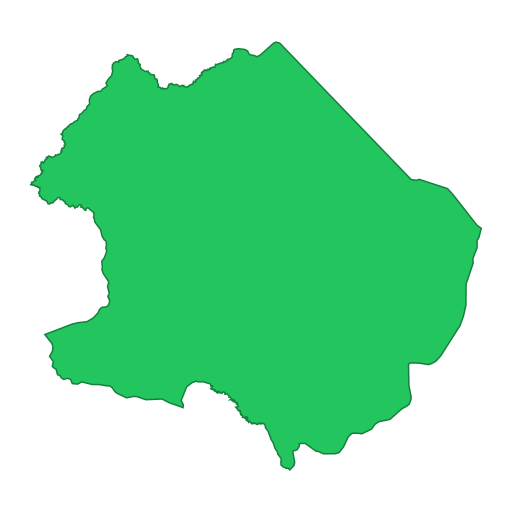 outline of Chipangali, Eastern, Zambia
{"feature_id": "96606910B61559073197846", "entity_name": "Chipangali", "entity_type": "district", "adm_level": 2, "iso_a3": "ZMB", "parent_name": "Zambia", "parent_adm1": "Eastern", "projection": "albers", "projection_center": [32.482, -13.317], "detail": "fine", "context": "isolated", "style": "filled", "palette": "green", "viewbox_px": 512, "rotation_deg": 0, "n_neighbors": 0, "source": "geoboundaries", "source_scale": "gbopen_adm2", "svg_char_len": 5839}
<svg xmlns="http://www.w3.org/2000/svg" viewBox="0 0 512 512"><path d="M477.0,225.3L453.0,194.6L447.5,188.6L419.3,179.4L416.3,180.3L411.1,179.5L279.7,43.1L276.0,42.1L273.4,43.3L260.0,55.3L256.8,56.7L254.4,55.5L250.0,54.8L248.5,53.1L247.6,50.9L244.5,49.4L238.3,48.7L234.4,49.4L233.7,50.1L233.5,52.3L232.2,54.2L232.2,56.5L231.6,57.8L228.7,59.3L227.8,59.3L228.0,60.0L226.3,60.5L225.9,61.7L223.6,61.5L223.8,62.1L223.1,62.8L221.6,62.8L216.6,64.6L215.7,64.3L214.6,67.4L213.1,67.1L210.3,68.0L210.3,69.0L209.5,68.7L209.2,69.5L207.9,69.3L208.0,70.1L207.2,70.6L206.7,70.1L205.6,70.4L205.4,69.9L204.0,70.2L203.5,71.6L202.4,71.7L202.2,72.9L201.5,72.8L201.4,74.0L201.9,75.1L199.5,75.6L200.1,76.7L198.7,78.0L197.8,78.0L197.5,78.9L195.3,80.3L195.8,81.7L193.7,82.0L193.4,81.6L192.9,83.3L193.2,83.8L189.5,85.2L188.8,86.3L187.3,86.6L186.8,87.2L184.0,86.6L183.8,85.4L182.9,85.8L181.9,85.3L179.9,86.6L177.1,84.6L176.1,84.3L175.0,84.9L173.4,84.8L171.7,83.4L171.1,84.2L170.0,83.9L169.6,84.5L169.1,84.3L168.3,85.6L168.1,87.6L166.2,88.8L164.9,88.5L163.2,89.0L162.6,87.9L161.3,88.7L160.0,87.2L158.1,87.1L158.5,85.1L157.3,82.2L157.3,80.4L156.8,79.2L155.0,78.8L154.3,75.0L150.4,74.4L149.3,72.9L148.3,72.3L148.1,71.1L145.3,71.5L141.4,69.2L139.8,66.4L140.2,64.5L138.0,62.6L138.2,60.9L137.5,58.8L134.6,59.2L132.6,55.9L127.2,54.7L127.4,55.9L125.7,56.7L123.8,58.9L118.8,60.5L118.7,62.0L116.0,61.6L113.9,62.8L112.3,65.1L112.5,66.4L112.1,67.9L112.7,71.0L111.6,75.7L108.7,78.6L106.1,82.7L106.0,83.4L107.1,85.3L106.7,86.4L102.3,89.2L101.2,91.1L97.6,91.5L93.3,93.7L90.7,96.0L89.3,99.9L89.6,104.1L87.0,106.4L86.8,108.0L85.5,109.8L84.2,110.4L81.5,113.7L79.9,114.2L79.3,115.2L79.1,117.8L78.0,118.6L77.5,120.3L74.4,121.7L72.6,123.5L70.9,123.8L68.5,126.0L68.1,126.9L67.3,126.9L65.8,128.9L64.9,129.0L62.9,131.1L63.0,132.4L61.1,134.2L62.4,134.6L62.2,135.3L62.8,135.8L62.1,139.3L64.5,141.3L64.2,142.2L65.4,144.1L65.1,145.0L64.2,145.2L64.5,147.2L61.7,148.6L62.0,150.1L61.2,150.4L61.0,151.1L61.8,151.7L59.5,154.3L57.8,154.5L56.7,155.3L55.6,154.9L55.0,156.2L51.6,157.6L50.9,156.7L48.6,156.0L47.5,157.1L46.3,157.4L46.4,158.1L47.2,158.2L44.8,160.2L44.7,161.7L43.5,162.8L42.7,161.7L41.0,162.4L41.4,163.6L39.9,165.4L39.7,166.3L41.0,167.7L40.8,169.7L41.7,170.4L42.9,170.5L41.7,171.5L42.2,173.2L41.3,173.2L40.5,175.0L37.9,176.1L37.9,177.4L37.0,177.5L36.8,176.5L36.2,176.7L34.6,178.9L35.7,180.3L34.3,180.8L33.8,181.7L31.6,182.3L31.9,183.6L30.7,184.5L31.0,184.9L34.1,185.3L36.3,186.6L37.3,186.3L37.9,187.3L39.7,187.3L39.4,188.5L40.1,189.5L40.0,190.6L39.1,191.6L38.7,193.2L39.6,193.8L39.5,196.0L41.2,196.6L41.3,197.8L42.3,198.9L46.7,201.0L48.1,203.8L49.7,204.0L51.0,202.6L52.5,203.1L55.6,199.8L56.5,199.4L57.2,198.1L59.4,197.3L60.3,198.0L60.2,199.5L62.9,199.9L63.6,201.0L64.9,201.6L65.2,203.4L68.1,205.1L69.0,206.6L70.5,206.8L73.2,205.3L74.9,208.1L75.8,207.2L77.5,207.0L79.3,204.8L80.1,204.6L81.6,205.6L80.7,207.0L82.8,207.4L83.1,208.3L85.2,210.3L85.8,210.3L86.0,208.9L87.0,207.8L88.8,208.1L89.2,208.9L93.7,212.5L93.7,214.0L94.2,215.0L93.5,217.6L94.3,218.8L94.9,222.1L100.5,229.7L102.2,236.4L104.3,239.9L105.9,240.9L106.5,244.5L105.8,248.4L106.5,249.9L106.5,252.2L104.3,257.8L101.8,261.2L102.3,267.2L101.9,269.6L103.3,273.6L108.4,281.2L108.7,282.4L107.5,286.4L109.3,293.3L107.8,296.4L109.7,300.7L109.1,303.5L107.9,305.8L105.2,307.2L102.7,307.1L101.5,307.6L99.5,309.5L98.0,312.9L93.2,318.0L86.9,321.7L78.1,322.7L72.4,324.0L44.8,334.5L51.8,343.4L52.5,345.1L52.9,346.9L52.4,351.3L49.5,356.4L53.4,361.6L52.3,366.0L53.2,367.4L56.1,369.3L57.5,374.6L60.1,375.8L61.7,378.2L63.8,379.4L67.2,378.4L69.7,378.9L70.7,379.7L72.3,383.6L77.6,384.1L81.7,381.9L92.3,384.5L99.8,384.6L106.4,385.8L109.7,385.9L112.4,387.9L114.9,391.6L117.1,393.3L126.5,397.8L133.9,396.4L137.3,396.7L145.7,399.7L162.0,399.0L169.4,402.8L183.1,407.6L183.3,404.7L181.2,400.5L186.6,386.9L192.9,382.1L194.5,382.0L196.0,381.1L198.2,381.9L203.3,381.8L210.5,384.0L210.8,386.1L212.4,385.7L212.6,386.4L211.7,388.2L210.7,388.4L211.3,389.3L212.3,388.9L213.1,389.8L213.2,389.4L214.3,389.7L214.7,390.8L215.2,390.3L215.5,391.3L216.2,391.8L216.5,391.6L216.6,392.5L217.6,393.0L217.9,393.0L217.8,391.7L218.7,392.1L219.4,391.4L220.2,393.1L221.3,392.8L222.0,393.3L222.7,391.9L224.8,392.4L225.0,394.3L227.2,393.9L229.1,396.1L229.0,397.2L230.0,397.1L231.5,398.7L230.3,399.6L231.1,399.5L231.5,400.1L231.9,399.5L232.9,401.1L233.0,399.9L233.6,399.5L234.1,400.8L234.6,400.6L234.9,402.3L235.9,402.2L236.2,403.4L237.2,402.9L237.5,404.2L237.1,404.6L237.8,404.9L238.3,406.6L235.8,407.2L238.0,409.6L237.8,410.0L239.4,411.1L239.7,410.6L240.3,410.8L240.2,412.9L240.6,413.7L241.1,413.5L241.3,414.3L240.9,414.8L242.9,416.1L242.5,417.3L244.0,417.6L245.0,417.3L244.5,417.9L245.1,418.4L245.8,418.1L245.7,417.4L246.9,416.9L247.8,418.3L247.5,419.0L246.6,419.0L246.1,419.8L247.2,420.2L247.0,420.6L247.6,420.6L247.9,421.2L248.3,421.0L248.7,422.3L249.8,421.4L251.1,423.1L251.8,423.1L251.9,423.8L253.2,423.7L253.3,423.1L255.1,423.4L256.9,424.5L257.6,424.3L257.3,424.1L258.2,422.9L259.5,423.2L259.7,423.6L261.3,423.3L261.3,423.9L262.1,423.2L264.8,424.3L265.6,428.0L268.3,431.5L268.8,433.7L269.7,434.8L269.6,435.9L270.7,437.5L270.5,438.6L273.2,442.8L274.9,448.1L277.4,451.9L277.9,454.3L281.4,458.9L280.9,461.5L281.0,464.9L282.9,466.7L286.3,468.3L288.3,468.3L289.8,469.9L294.1,465.4L294.7,462.3L292.7,451.2L297.1,449.8L299.2,446.5L299.2,443.6L305.1,443.4L316.2,451.3L318.5,451.5L323.5,453.8L335.4,453.7L339.0,452.7L343.5,447.0L348.2,436.9L352.0,433.3L357.8,433.2L361.8,433.8L371.5,429.1L375.2,424.1L378.9,421.7L389.9,419.4L402.0,408.7L406.6,406.3L409.3,404.1L411.0,399.4L411.1,396.6L408.9,385.7L408.5,365.1L409.2,363.4L411.0,362.9L419.0,363.1L428.4,364.6L431.8,363.5L436.0,361.1L440.7,355.9L460.0,325.6L463.4,316.3L465.9,305.4L466.1,283.9L473.2,263.1L472.8,258.8L477.1,247.6L477.1,240.5L478.9,237.5L481.3,228.3L477.0,225.3Z" fill="#22c55e" stroke="#15803d" stroke-width="1.5"/></svg>